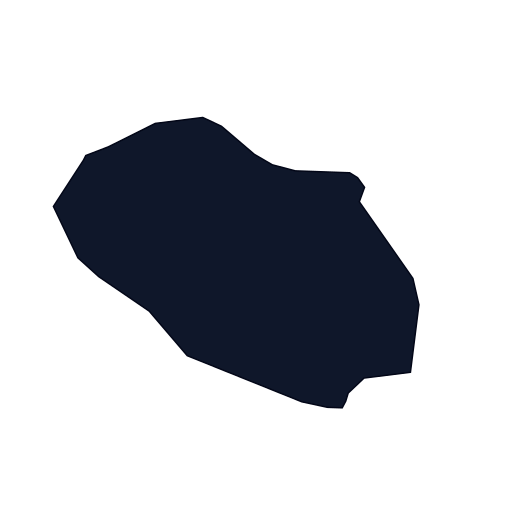 map outline of Solcava (Equal Earth projection), rotated 45°
{"feature_id": "SVN-251", "entity_name": "Solcava", "entity_type": "Municipality", "adm_level": 1, "iso_a3": "SVN", "parent_name": "Slovenia", "parent_adm1": "", "projection": "equal_earth", "projection_center": [14.658, 46.411], "detail": "fine", "context": "isolated", "style": "filled", "palette": "ink", "viewbox_px": 512, "rotation_deg": 45, "n_neighbors": 0, "source": "natural_earth", "source_scale": "10m", "svg_char_len": 501}
<svg xmlns="http://www.w3.org/2000/svg" viewBox="0 0 512 512"><g transform="rotate(45 256 256)"><path d="M272.5,128.8L284.2,130.7L290.7,144.6L382.8,160.9L405.7,175.3L447.4,229.0L418.7,265.9L418.1,287.7L422.1,295.2L424.3,302.4L413.5,312.5L391.5,326.7L277.9,375.1L219.4,370.5L159.4,381.8L131.4,383.2L77.7,364.2L66.3,310.5L64.6,305.3L74.4,283.2L91.0,233.5L120.4,195.7L139.8,188.7L182.9,185.3L203.0,180.0L223.6,168.0L263.4,130.9L272.5,128.8Z" fill="#0f172a" stroke="#020617" stroke-width="1.5"/></g></svg>